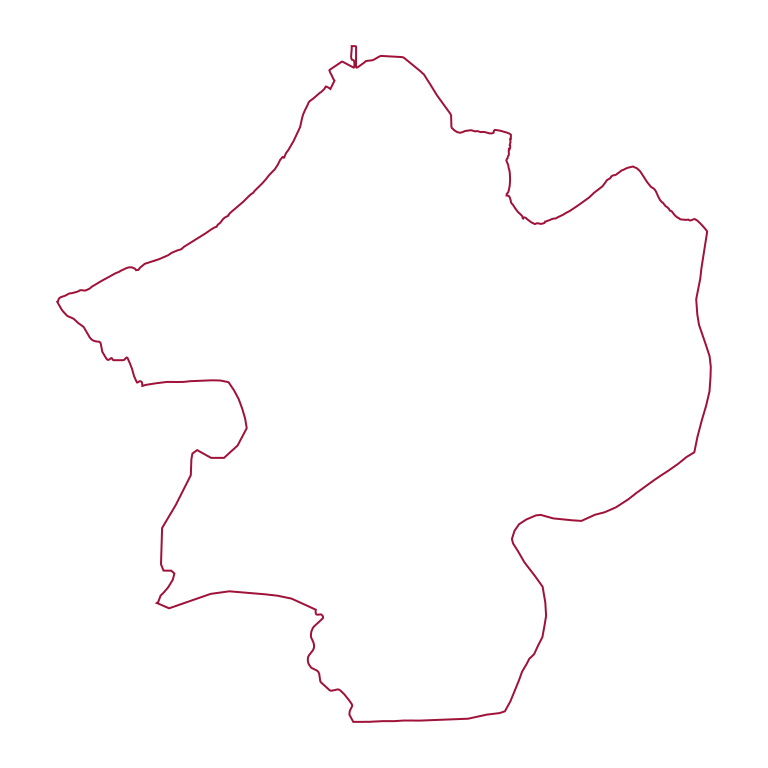 Mueang Pattani, Pattani, Thailand
{"feature_id": "78962969B73457350824483", "entity_name": "Mueang Pattani", "entity_type": "district", "adm_level": 2, "iso_a3": "THA", "parent_name": "Thailand", "parent_adm1": "Pattani", "projection": "equal_earth", "projection_center": [101.257, 6.854], "detail": "fine", "context": "isolated", "style": "outline", "palette": "rose", "viewbox_px": 768, "rotation_deg": 0, "n_neighbors": 0, "source": "geoboundaries", "source_scale": "gbopen_adm2", "svg_char_len": 6041}
<svg xmlns="http://www.w3.org/2000/svg" viewBox="0 0 768 768"><path d="M707.2,231.5L706.0,229.8L703.0,226.3L699.8,222.9L696.8,220.2L694.8,219.1L693.5,219.3L690.9,220.4L689.6,220.4L688.3,219.6L686.1,219.9L680.2,219.3L678.4,217.8L677.9,217.8L677.0,217.2L674.8,215.3L671.8,211.4L670.7,210.8L669.9,210.6L668.9,208.9L667.6,207.5L665.4,206.0L663.0,202.8L661.9,202.2L660.0,200.0L658.0,196.1L656.2,192.0L655.1,190.1L653.9,188.7L650.9,186.8L647.2,182.2L640.3,171.5L638.3,169.5L636.3,167.9L634.4,167.3L633.0,166.5L627.3,167.9L626.3,168.4L625.4,168.7L623.7,169.7L621.5,170.5L618.8,172.7L617.8,173.2L616.4,174.5L614.5,175.2L613.3,175.3L611.7,176.1L611.1,176.7L610.7,177.7L609.8,178.5L607.6,179.7L606.6,180.5L605.5,182.3L602.5,186.3L593.9,192.9L589.1,197.5L578.1,205.4L569.9,210.9L565.6,213.1L563.0,214.8L557.2,217.5L556.5,218.1L555.9,218.4L553.6,218.6L551.5,219.2L549.7,220.1L547.7,220.7L546.6,221.3L545.2,221.5L545.0,221.8L544.5,222.9L542.6,223.6L540.6,223.9L538.2,223.3L537.1,223.3L536.5,223.3L535.6,223.9L534.7,224.0L531.1,222.2L527.2,219.2L525.9,218.0L524.9,217.5L524.0,217.4L523.4,217.9L523.1,218.5L522.7,218.2L522.5,217.0L522.0,215.9L520.4,214.2L518.0,212.1L515.1,208.2L512.6,204.3L511.9,203.8L510.9,202.1L510.8,200.8L509.9,197.8L509.2,196.4L508.4,195.8L506.5,195.5L506.8,193.8L507.7,192.9L508.3,191.9L508.7,190.7L509.7,185.8L510.0,181.5L510.1,179.2L509.8,173.0L509.3,169.9L508.6,167.8L508.3,165.4L506.3,160.4L507.0,158.7L507.5,158.4L508.0,156.2L508.7,155.2L508.8,154.7L508.9,154.0L508.7,150.6L508.8,150.2L509.3,150.0L509.4,149.7L509.0,148.6L510.0,148.4L510.1,148.1L510.2,145.7L509.7,145.2L509.8,144.7L510.2,143.4L510.2,142.9L510.5,142.2L510.5,141.6L510.1,139.5L510.2,139.0L510.9,138.9L510.9,138.3L510.5,138.1L510.9,136.8L510.9,134.7L509.0,133.4L506.9,132.6L499.8,130.6L494.9,129.9L493.9,130.8L493.5,132.8L491.7,133.4L489.6,133.4L485.3,132.2L483.1,131.9L480.7,132.1L477.5,131.1L476.5,131.1L475.2,131.4L471.1,130.2L465.1,131.0L462.6,132.1L460.0,132.8L457.2,132.1L454.3,130.3L451.8,127.9L451.4,126.7L451.1,115.4L450.5,114.0L437.1,95.5L429.7,83.5L427.9,80.8L424.3,75.0L423.7,74.2L422.3,73.1L421.1,71.8L404.7,58.4L403.5,57.5L402.1,57.1L380.8,55.9L378.6,56.9L374.0,59.6L372.1,60.3L367.5,60.8L365.7,61.2L363.9,62.8L357.8,67.2L356.5,67.6L356.0,66.9L356.1,46.9L355.8,46.3L355.1,46.1L351.7,46.1L351.7,49.1L351.1,56.4L351.3,58.4L351.9,59.7L353.6,60.2L354.2,61.3L354.4,63.1L354.4,65.6L354.2,66.9L353.9,67.5L353.6,67.6L343.3,62.1L341.9,61.6L329.6,69.9L329.4,70.2L329.5,70.7L330.2,72.6L331.9,75.7L332.5,77.2L333.8,79.8L334.5,80.6L330.4,89.0L328.4,87.6L326.4,86.6L325.7,86.6L324.4,88.9L321.2,92.0L320.0,92.7L313.1,98.7L310.0,100.9L308.7,102.3L307.6,105.0L305.1,109.9L303.1,114.5L302.2,117.6L300.7,124.5L300.0,127.3L293.6,141.0L288.3,150.1L286.1,153.0L285.4,154.5L284.3,157.3L283.9,157.7L283.2,157.1L282.7,157.0L282.3,157.3L280.1,160.0L277.9,164.5L274.6,169.6L272.7,171.4L268.8,175.5L265.7,179.5L262.3,183.3L254.5,191.0L253.2,192.8L251.4,193.9L248.1,196.8L247.7,197.3L243.3,201.7L230.4,212.7L228.5,214.8L228.5,215.5L228.1,215.8L225.1,217.4L223.2,218.9L220.2,222.8L218.0,224.5L217.2,225.6L216.7,226.7L214.4,227.5L211.4,229.3L205.6,233.3L184.1,246.7L181.2,249.3L177.7,250.3L174.5,251.6L171.5,252.9L168.2,255.2L159.0,259.2L144.8,263.8L140.2,267.5L138.5,269.8L136.1,270.2L135.6,269.4L134.6,268.5L132.5,267.6L130.9,267.3L128.6,267.4L126.0,268.3L120.3,271.0L119.0,271.9L115.6,273.2L101.2,281.1L92.1,286.5L89.6,288.6L86.9,289.9L85.1,290.6L81.6,290.2L79.9,290.3L78.6,291.2L75.7,292.2L71.6,293.2L69.2,293.5L65.2,295.7L60.7,297.2L59.2,298.3L58.7,299.0L58.3,300.2L58.1,301.3L57.2,301.8L61.5,309.3L62.7,311.0L67.0,315.7L68.4,316.5L71.0,317.5L73.1,318.5L74.1,319.2L78.2,323.0L83.3,326.7L83.9,327.4L89.7,337.4L90.6,338.5L92.1,339.9L93.6,340.7L96.0,341.4L99.4,341.8L100.3,342.6L100.8,343.9L102.3,351.8L105.0,356.4L106.6,358.9L107.4,359.7L108.1,359.9L108.8,359.8L111.1,358.2L111.5,358.1L112.0,358.4L112.7,359.7L113.5,360.2L123.1,360.2L123.8,360.0L124.6,359.5L125.9,358.0L126.5,357.6L126.8,357.5L127.5,357.9L129.9,363.4L132.1,369.1L134.1,376.3L136.7,382.0L137.1,382.5L137.6,382.5L139.1,381.5L139.9,381.2L140.9,381.4L141.5,381.8L142.0,382.7L142.2,384.0L142.3,385.9L145.7,384.9L155.9,383.3L167.0,381.9L178.4,382.0L183.8,381.9L190.0,381.2L211.9,380.3L220.1,380.5L226.4,381.7L228.6,382.3L234.0,390.3L238.7,399.1L242.2,408.6L245.1,418.5L246.7,427.9L246.4,428.8L237.6,445.5L224.0,457.9L211.1,457.9L197.1,450.1L192.4,453.6L191.4,459.1L190.8,475.2L175.7,505.1L162.1,528.0L161.0,564.3L163.5,570.6L171.3,570.7L174.4,573.5L172.8,579.7L168.1,587.4L163.4,592.9L160.6,595.6L158.2,602.0L156.8,603.0L169.1,608.3L210.6,593.9L229.3,591.3L265.0,594.3L277.5,595.7L291.5,598.6L315.8,609.7L315.6,611.7L315.7,612.7L315.9,613.7L316.4,614.4L317.3,614.7L321.0,614.4L321.9,615.0L322.8,616.2L323.1,617.2L323.0,618.0L322.8,618.3L314.1,626.4L313.0,627.7L311.4,631.4L311.0,633.9L310.9,635.6L311.0,636.7L311.2,637.6L313.4,642.4L313.8,643.8L314.1,645.7L314.0,647.4L313.6,648.8L312.9,650.3L309.2,655.0L308.1,657.0L307.8,659.5L307.9,661.0L308.4,663.4L309.4,665.2L311.3,667.8L317.0,670.6L318.3,671.9L319.2,673.8L320.1,680.1L320.4,681.5L321.1,682.5L329.6,690.2L330.4,690.6L331.8,690.7L337.7,689.4L338.6,689.5L339.8,690.1L340.7,690.8L344.2,694.2L349.4,700.7L351.8,704.2L352.2,705.3L352.0,706.5L350.0,710.4L349.6,712.0L349.4,714.3L349.6,715.1L353.3,721.9L369.2,721.8L383.4,721.1L394.8,721.1L404.3,720.5L419.9,720.6L468.2,718.7L486.8,714.6L499.6,713.1L504.9,711.3L510.4,701.3L518.9,680.5L522.1,671.6L526.8,663.7L529.2,658.9L534.1,654.2L538.2,645.3L542.4,637.1L544.6,625.0L546.1,615.8L545.3,602.5L542.6,586.7L534.8,575.8L524.4,562.3L517.8,550.9L513.1,543.5L511.9,539.0L514.5,530.8L519.1,524.2L526.3,519.5L535.9,515.4L540.7,514.9L553.3,518.4L572.2,520.3L581.4,520.9L595.1,514.7L604.5,512.3L615.8,507.4L628.3,499.3L636.2,493.1L654.0,480.2L661.2,475.3L667.9,471.0L678.0,463.9L686.7,456.9L694.3,452.3L697.4,437.1L702.0,419.6L706.1,405.8L709.5,391.4L710.5,376.9L710.8,366.7L709.6,356.3L706.1,345.5L699.0,324.8L697.3,314.4L696.2,299.2L700.3,278.4L701.4,268.4L707.2,231.5Z" fill="none" stroke="#9f1239" stroke-width="2"/></svg>